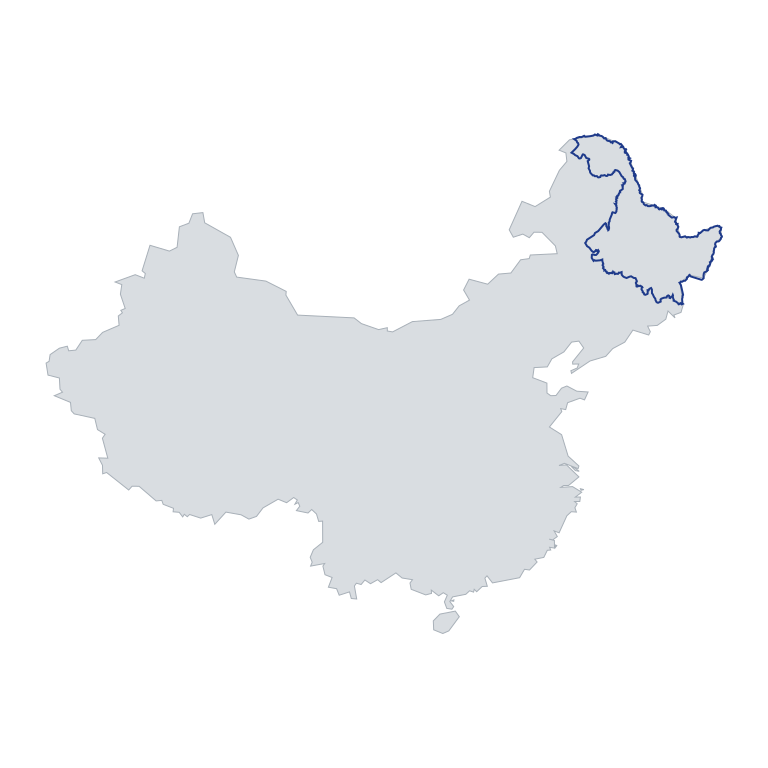 Heilongjiang highlighted on a map of China
{"feature_id": "CHN-1839", "entity_name": "Heilongjiang", "entity_type": "Province", "adm_level": 1, "iso_a3": "CHN", "parent_name": "China", "parent_adm1": "", "projection": "mercator", "projection_center": [127.281, 48.501], "detail": "fine", "context": "in_parent", "style": "outline", "palette": "blue", "viewbox_px": 768, "rotation_deg": 0, "n_neighbors": 0, "source": "natural_earth", "source_scale": "10m", "svg_char_len": 9762}
<svg xmlns="http://www.w3.org/2000/svg" viewBox="0 0 768 768"><path d="M425.7,594.9L411.2,589.3L410.0,583.0L412.5,579.7L402.1,578.0L395.9,572.9L381.1,582.6L377.6,579.7L370.5,583.7L364.9,580.0L361.1,584.5L356.4,583.2L354.4,586.0L356.7,599.0L351.3,598.5L349.5,591.9L339.2,595.2L336.6,588.7L328.4,587.2L332.1,577.5L325.0,574.7L322.9,566.1L324.7,563.5L310.6,566.1L312.2,562.2L310.2,557.3L313.4,549.8L322.7,542.3L322.6,521.1L318.7,521.4L316.5,514.0L311.7,509.5L308.0,513.0L296.4,510.6L299.8,506.2L298.2,502.6L294.9,504.2L297.3,500.0L293.7,497.5L286.6,502.7L278.1,499.2L263.0,507.9L256.5,516.4L248.9,519.1L241.1,514.8L225.9,512.1L214.8,524.3L211.8,514.6L200.7,518.1L189.6,514.5L187.3,516.7L184.3,514.3L182.7,516.9L179.2,512.3L173.1,511.8L173.5,508.3L163.2,504.3L161.8,500.4L156.1,500.9L139.1,486.3L132.1,486.2L128.7,490.0L106.6,472.5L102.7,473.8L102.5,465.3L98.7,457.9L107.8,458.2L102.4,438.2L105.1,434.3L97.5,429.6L94.8,418.4L74.2,413.9L71.3,410.7L70.5,402.4L54.3,395.7L62.5,392.2L60.0,389.2L59.4,378.0L48.0,375.1L46.1,363.1L49.1,361.3L50.1,354.6L59.4,348.2L67.3,346.2L68.7,350.8L75.8,350.1L82.3,340.3L95.7,339.6L102.6,332.4L119.1,325.3L118.3,316.0L122.4,312.8L120.8,310.3L125.2,308.5L120.4,294.2L121.8,284.6L115.1,282.0L135.2,274.7L144.3,278.2L145.3,273.5L142.1,270.8L150.0,245.3L169.4,251.1L177.1,247.3L179.4,226.8L188.9,223.2L192.6,213.8L202.9,212.6L204.7,222.8L230.5,237.3L238.4,255.4L234.3,271.9L236.7,277.1L265.9,281.1L286.2,291.4L285.9,295.1L297.6,315.1L354.1,317.9L361.4,323.6L378.6,329.6L387.3,327.7L387.3,331.0L392.6,331.9L412.4,321.6L440.8,319.4L452.5,314.3L459.2,305.8L469.5,300.1L463.6,290.0L469.1,279.2L487.7,284.2L498.5,274.1L510.9,273.0L520.6,259.8L529.2,258.6L530.3,255.0L557.2,253.7L555.4,245.9L542.0,232.3L534.0,232.2L529.3,237.7L522.8,234.1L513.3,237.2L509.2,229.8L522.0,201.3L535.1,206.6L550.4,197.1L549.4,191.3L559.4,170.3L566.9,161.4L565.9,152.9L559.1,150.2L569.5,139.8L598.5,134.9L621.1,144.2L628.7,156.6L642.5,194.7L642.1,201.7L663.6,208.7L675.3,217.6L680.2,237.1L696.5,236.7L703.9,230.2L716.6,225.8L720.7,227.8L721.7,236.7L715.2,243.4L711.8,260.5L703.6,278.1L689.6,275.1L680.0,282.6L683.1,305.2L681.0,312.4L673.9,315.0L675.0,317.9L668.0,311.0L665.8,319.2L657.3,325.4L647.6,326.1L650.3,331.7L648.7,335.0L632.9,330.1L624.8,342.1L612.7,348.6L605.8,356.3L590.0,361.0L571.5,373.4L570.9,370.7L577.2,368.0L578.7,364.0L572.7,364.1L572.6,361.8L583.7,348.0L578.9,341.1L571.6,342.1L563.9,351.9L551.9,358.8L547.3,366.9L534.1,367.6L532.7,377.7L546.9,383.1L547.0,393.0L550.7,395.7L556.0,395.5L561.5,388.2L566.9,386.0L576.8,391.2L588.1,392.0L584.5,399.9L580.0,398.2L567.6,402.7L565.7,409.6L560.7,408.6L561.8,411.6L549.4,427.0L561.6,434.7L568.1,456.1L578.9,466.0L578.1,468.6L564.4,463.3L559.0,465.5L566.5,464.9L578.9,476.9L568.5,485.5L563.6,485.5L560.8,487.4L572.5,486.6L581.7,492.2L575.3,497.1L580.4,497.0L579.8,501.5L574.6,501.5L577.2,503.8L574.9,507.7L576.4,512.1L571.3,511.7L566.9,515.7L559.1,532.8L554.1,530.9L557.3,536.5L552.7,539.9L549.1,539.1L554.4,540.5L554.5,548.1L549.6,547.3L550.7,550.0L547.3,550.3L543.8,557.4L534.8,559.2L537.1,562.0L529.5,570.0L524.5,569.3L519.6,577.7L492.5,582.9L487.0,575.8L484.9,578.1L487.3,586.3L482.2,586.5L476.7,591.7L474.2,589.3L473.6,592.1L469.6,590.8L465.8,594.3L452.6,596.9L449.8,601.5L453.7,606.6L451.9,609.2L446.8,608.4L444.4,601.9L447.3,595.2L443.3,592.7L438.7,595.8L431.3,590.1L431.5,593.4L425.7,594.9ZM455.3,611.1L459.3,616.7L448.8,630.9L442.8,633.5L433.7,629.8L433.3,620.9L439.9,614.1L455.3,611.1ZM579.2,471.3L575.4,470.6L572.0,467.2L574.8,467.9L579.2,471.3ZM583.9,489.6L581.0,490.3L580.4,488.7L583.9,489.6ZM556.8,545.6L555.3,547.6L555.6,545.0L556.8,545.6ZM451.2,600.9L453.9,599.9L453.7,601.3L451.2,600.9Z" fill="#d9dde1" stroke="#a8b0b8" stroke-width="1"/><path d="M594.9,134.5L597.1,135.4L597.5,134.6L597.8,135.0L597.5,135.4L597.8,135.5L598.6,134.6L599.5,135.6L601.5,136.0L602.5,136.6L604.2,138.5L605.6,138.1L606.6,140.0L607.4,140.7L610.0,141.2L610.8,142.3L611.7,142.1L612.5,143.0L612.7,142.8L612.6,141.8L613.0,141.4L615.3,141.2L619.2,143.5L619.7,144.2L620.8,143.9L622.0,145.3L621.0,147.1L623.2,146.7L623.5,147.8L624.7,149.3L625.9,149.1L626.1,149.5L625.3,150.0L625.7,150.9L624.8,151.3L624.8,152.6L625.3,152.9L625.9,152.4L627.3,153.5L627.2,154.7L628.0,154.8L628.8,156.4L628.4,157.5L629.8,158.2L628.4,159.1L628.5,159.6L631.1,160.8L630.6,162.4L629.8,163.2L632.1,167.8L633.0,168.4L632.8,168.8L632.9,169.7L632.4,170.7L633.9,171.5L634.1,171.9L633.7,172.8L633.8,173.5L635.0,174.0L634.9,174.5L634.1,174.9L633.9,175.8L634.6,176.5L634.9,175.3L635.7,175.2L635.8,175.7L635.0,177.2L635.2,179.8L637.6,182.6L638.4,184.6L639.2,185.3L639.2,186.6L640.1,188.3L639.2,190.2L640.0,191.1L639.7,192.6L639.9,193.1L642.5,194.7L642.3,196.1L641.4,197.9L641.9,199.6L641.6,201.0L642.0,201.9L643.1,202.3L643.5,202.8L643.8,204.1L645.5,205.4L646.7,205.1L647.8,206.1L649.2,206.2L650.9,206.0L651.3,205.5L654.0,205.6L654.5,204.9L655.9,205.7L655.9,206.3L655.4,206.8L655.5,207.3L656.8,207.2L658.1,207.8L658.9,209.2L659.4,209.4L660.5,208.7L661.9,209.5L662.2,209.1L662.3,208.1L663.4,208.2L663.9,208.8L664.2,210.4L666.0,210.7L666.3,212.0L667.4,212.5L667.4,213.5L668.3,213.9L668.4,214.9L671.4,217.3L671.9,217.6L674.0,217.1L675.1,217.8L676.6,217.5L675.0,221.8L676.0,222.7L676.1,224.0L677.6,223.9L677.4,225.2L678.3,226.5L678.3,227.1L677.5,228.9L676.6,229.7L676.6,230.9L679.2,233.9L679.6,235.0L679.6,236.6L679.8,236.9L681.4,237.3L685.1,236.3L686.9,237.6L688.0,237.0L690.3,237.5L691.6,237.0L693.1,237.1L694.9,236.3L697.1,236.8L697.6,236.3L697.6,235.4L698.7,234.0L698.7,232.8L700.2,233.0L703.3,230.2L704.8,229.9L705.7,230.3L708.1,230.4L710.5,227.8L713.0,227.4L714.0,226.6L717.7,225.7L718.6,226.4L719.4,226.1L720.1,227.3L721.3,227.6L721.0,228.4L720.9,229.8L719.9,231.0L719.6,231.8L720.0,232.9L719.9,233.2L720.7,233.9L720.9,234.9L721.9,236.3L721.9,236.8L721.0,237.8L720.9,238.8L719.5,240.7L718.7,241.4L716.8,241.5L715.4,243.0L715.1,244.2L715.9,246.4L715.6,247.0L714.8,247.2L714.1,248.7L714.1,249.9L713.6,251.3L713.9,252.0L713.5,253.8L712.3,255.2L711.7,256.9L712.6,258.2L711.9,259.0L712.5,259.4L712.2,259.6L712.3,260.3L711.5,261.3L711.1,261.0L710.5,261.9L709.9,262.2L710.3,263.4L709.6,265.5L709.2,265.4L708.8,266.4L708.0,266.3L707.6,267.3L708.0,267.9L707.2,269.0L707.7,269.4L707.4,270.0L707.6,270.3L707.1,270.5L706.9,271.2L704.3,272.4L703.8,273.6L703.5,275.7L703.6,278.3L702.0,279.7L701.5,279.8L690.9,276.5L690.3,276.1L689.6,274.9L688.9,275.4L688.2,276.8L687.2,277.1L686.9,277.6L687.0,278.8L685.0,280.8L683.9,280.7L682.2,281.7L680.8,281.6L680.5,282.3L679.5,282.7L680.9,285.1L683.1,294.9L682.5,296.1L682.6,297.1L682.1,299.0L682.3,302.0L682.0,302.8L683.0,303.8L681.6,304.4L680.3,303.2L679.2,304.2L678.6,304.3L678.0,303.2L676.0,301.6L673.6,300.7L673.8,299.6L673.3,298.9L672.8,296.8L673.0,295.4L672.8,294.9L672.2,296.4L671.0,297.1L670.3,298.1L669.5,297.9L669.2,295.9L668.2,295.4L667.0,296.2L666.6,297.5L664.0,297.7L661.3,298.7L660.5,299.5L660.7,301.6L658.0,302.8L656.6,302.2L655.5,300.1L655.3,298.7L654.0,297.0L652.8,294.3L652.0,293.3L651.9,289.5L651.1,288.0L649.3,288.9L648.6,290.4L647.6,290.2L647.7,293.4L647.5,293.9L645.4,294.8L644.6,294.6L644.2,294.4L643.9,293.1L642.7,292.3L642.8,291.4L641.5,289.4L641.7,287.7L642.4,287.4L642.1,286.8L640.2,285.7L638.8,286.2L637.9,285.5L637.0,286.6L636.5,286.4L636.4,284.4L635.8,282.9L636.1,282.2L636.7,281.8L636.9,281.2L635.5,278.1L633.7,277.9L631.1,276.3L629.5,276.7L626.6,278.0L624.0,277.0L622.9,276.2L621.7,274.7L621.6,272.1L619.7,272.8L618.9,272.6L618.0,273.9L616.5,273.7L614.8,274.1L614.4,272.4L613.4,272.4L613.0,271.8L612.4,273.2L611.5,273.1L611.3,272.8L610.8,273.1L609.4,273.0L608.9,273.7L607.9,272.9L607.2,273.1L606.8,272.8L606.7,271.7L605.9,271.5L605.3,270.2L604.5,270.4L604.7,269.8L604.2,269.7L603.5,268.7L603.0,268.1L603.5,267.5L603.3,267.1L603.5,266.5L602.6,265.4L602.8,264.3L603.3,263.9L602.4,261.3L602.3,259.8L601.8,260.2L601.4,259.8L600.2,260.3L595.7,260.7L594.4,260.2L593.6,260.9L591.7,257.9L591.9,254.8L592.5,254.4L595.0,255.0L596.2,254.9L597.7,253.3L598.5,252.0L598.7,251.5L598.4,251.4L598.6,250.9L598.3,250.4L597.8,251.3L597.4,251.4L596.9,251.0L596.9,250.2L596.0,250.0L595.3,251.2L594.6,251.4L593.9,252.2L593.2,252.0L591.7,250.9L589.4,247.7L587.1,246.2L585.2,243.0L586.2,241.7L587.0,239.7L594.1,235.1L595.0,233.0L598.2,231.1L603.7,224.6L605.4,223.2L606.2,223.9L606.3,226.2L607.2,227.6L607.5,229.0L608.0,229.4L608.2,230.2L608.6,229.9L609.1,228.1L609.0,226.8L608.6,225.9L608.9,223.4L608.7,222.7L609.6,221.4L609.7,219.6L611.9,214.3L611.9,213.4L612.5,212.3L615.4,213.0L616.4,211.5L616.4,210.5L616.7,209.5L616.5,208.7L616.9,207.9L616.3,206.5L616.5,205.9L615.3,204.2L616.0,204.4L616.3,204.0L616.4,201.9L615.9,201.4L616.6,200.4L616.0,199.1L617.2,198.0L616.6,197.4L617.5,197.2L617.0,197.1L616.8,196.5L617.2,195.9L617.7,196.1L617.9,195.8L617.7,195.5L618.7,194.8L618.8,193.8L619.5,192.9L619.9,191.3L620.2,191.5L620.2,190.8L622.7,189.1L622.8,188.0L622.5,186.6L622.8,186.2L622.2,185.2L623.0,185.0L624.0,183.8L623.7,183.4L624.1,183.4L624.4,182.8L624.8,183.1L625.6,181.3L624.8,179.1L624.1,179.0L623.5,178.4L623.2,177.3L621.7,176.2L619.3,172.0L617.6,170.6L615.3,170.0L614.7,170.4L614.4,171.8L613.4,172.2L613.2,173.1L612.4,173.6L612.0,174.4L610.2,175.0L608.0,174.6L607.6,175.6L606.9,176.0L606.0,175.9L604.6,175.1L602.9,175.6L601.2,175.4L600.7,175.8L600.3,177.0L598.7,177.4L598.0,177.3L596.9,176.1L594.8,176.2L593.8,175.3L592.8,175.4L590.5,173.0L590.0,171.9L590.0,170.9L588.6,168.3L589.1,166.3L587.7,161.1L589.2,159.9L589.3,159.2L589.0,158.8L586.3,158.0L584.6,155.0L583.0,154.3L582.7,154.5L580.9,158.1L579.8,158.5L578.9,158.3L577.5,156.2L575.1,155.1L574.1,154.1L571.5,152.7L575.2,149.1L577.3,146.7L578.5,144.7L578.1,143.1L577.2,142.5L576.6,140.8L574.2,139.1L575.3,138.9L576.8,137.9L579.5,137.0L581.6,137.1L584.2,135.8L585.2,136.7L590.2,136.2L593.5,135.5L594.9,134.5Z" fill="none" stroke="#1e3a8a" stroke-width="2"/></svg>